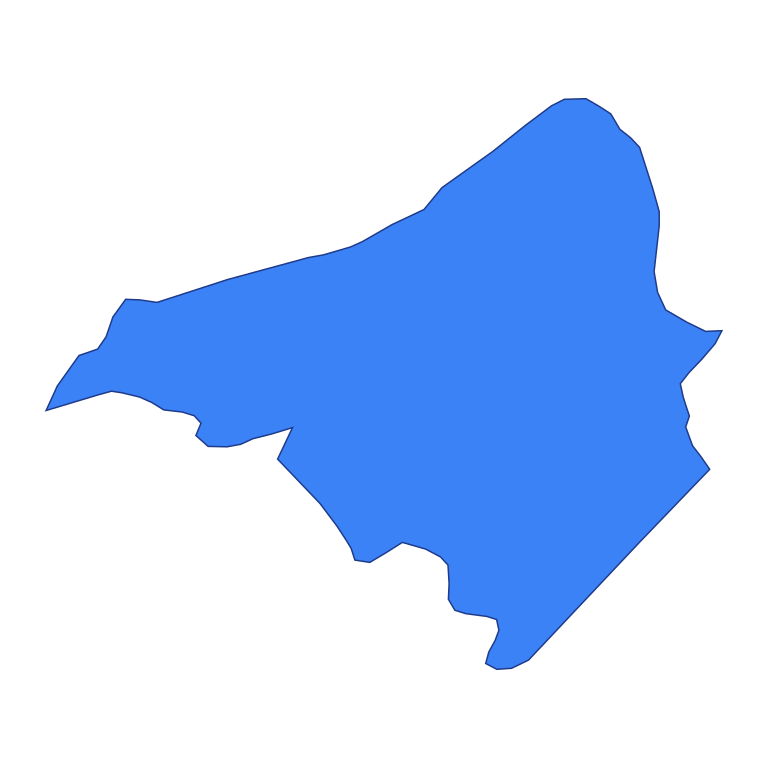 Várzea, Paraíba, Brazil
{"feature_id": "56859067B31592745893521", "entity_name": "Várzea", "entity_type": "district", "adm_level": 2, "iso_a3": "BRA", "parent_name": "Brazil", "parent_adm1": "Paraíba", "projection": "mercator", "projection_center": [-37.04, -6.791], "detail": "fine", "context": "isolated", "style": "filled", "palette": "blue", "viewbox_px": 768, "rotation_deg": 0, "n_neighbors": 0, "source": "geoboundaries", "source_scale": "gbopen_adm2", "svg_char_len": 1217}
<svg xmlns="http://www.w3.org/2000/svg" viewBox="0 0 768 768"><path d="M442.0,187.6L424.0,209.5L392.2,224.5L362.4,241.6L350.4,247.0L323.3,254.9L308.2,257.6L227.7,279.5L157.0,302.4L140.0,299.9L125.7,299.3L112.9,317.0L106.1,336.8L97.6,349.1L79.0,355.5L57.3,386.0L46.1,410.5L98.0,394.9L111.5,391.2L122.0,392.8L139.4,397.0L151.6,402.4L163.8,409.9L182.0,412.0L194.2,415.7L201.0,423.2L195.9,435.5L208.1,446.4L227.1,446.8L240.7,444.3L252.9,438.7L271.2,434.1L292.5,427.6L277.6,459.1L320.0,503.5L336.9,526.0L346.0,539.9L351.2,548.5L354.9,560.1L369.8,562.4L387.8,551.6L402.3,542.4L425.7,549.1L440.6,557.0L448.0,565.1L449.1,583.7L448.4,599.3L454.9,610.3L466.0,613.7L486.7,616.4L496.6,619.5L498.9,630.3L495.2,640.3L488.8,652.0L485.7,663.5L496.8,669.3L511.5,668.3L528.5,660.1L639.2,542.6L679.5,500.7L709.7,469.3L701.2,457.0L692.5,445.7L685.7,427.0L689.4,416.0L686.3,406.8L683.2,397.0L680.3,383.7L689.0,372.6L701.9,359.1L715.1,343.7L721.9,330.7L705.6,331.4L686.8,322.2L665.7,309.9L657.6,292.4L654.1,271.6L659.2,226.0L659.2,211.6L652.8,188.7L639.6,147.4L630.7,137.9L619.9,129.3L610.8,113.9L599.9,106.8L586.0,98.7L564.3,99.3L551.5,105.8L526.0,124.9L493.1,151.2L442.0,187.6Z" fill="#3b82f6" stroke="#1e3a8a" stroke-width="1.5"/></svg>